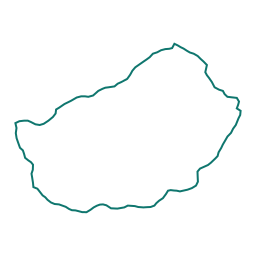 Onda Verde, São Paulo, Brazil
{"feature_id": "56859067B56132277952557", "entity_name": "Onda Verde", "entity_type": "district", "adm_level": 2, "iso_a3": "BRA", "parent_name": "Brazil", "parent_adm1": "São Paulo", "projection": "robinson", "projection_center": [-49.245, -20.61], "detail": "fine", "context": "isolated", "style": "outline", "palette": "teal", "viewbox_px": 256, "rotation_deg": 0, "n_neighbors": 0, "source": "geoboundaries", "source_scale": "gbopen_adm2", "svg_char_len": 1807}
<svg xmlns="http://www.w3.org/2000/svg" viewBox="0 0 256 256"><path d="M174.4,43.8L172.1,48.1L169.2,48.8L165.3,49.1L161.1,50.2L157.2,52.3L152.9,53.7L149.7,57.2L146.7,59.4L143.9,61.3L139.6,64.3L135.3,67.3L132.4,70.7L130.2,74.7L127.2,78.9L121.2,82.1L117.7,83.7L114.5,86.4L108.5,87.3L105.3,87.7L102.5,88.8L98.3,90.9L93.1,95.5L88.3,96.8L84.8,96.3L81.3,96.3L76.7,97.5L71.2,100.7L68.6,102.0L64.5,104.0L59.1,107.7L56.1,109.5L55.6,113.5L52.9,117.0L48.4,120.7L43.7,123.8L39.7,125.0L35.4,124.3L30.9,122.0L27.9,120.7L23.8,120.7L19.4,121.2L15.4,123.1L16.5,128.0L15.8,133.1L16.6,138.2L18.2,142.8L20.0,147.8L22.9,150.4L24.1,154.0L25.1,157.8L28.2,160.3L31.0,162.2L33.0,164.7L32.8,169.8L31.5,173.7L32.1,177.2L33.0,182.9L33.4,187.1L37.4,188.7L39.9,191.9L42.6,195.4L45.3,197.3L47.5,199.8L51.0,202.5L54.6,204.0L59.0,204.4L62.6,205.7L65.7,206.8L69.1,209.0L71.9,210.2L75.5,210.4L78.3,211.1L82.1,212.1L86.5,212.2L90.5,209.8L93.7,207.4L96.9,205.7L99.9,204.6L103.0,204.4L106.4,205.3L111.0,208.3L117.4,208.6L124.3,207.4L127.8,205.6L134.9,206.1L138.2,207.0L143.4,207.4L146.3,207.2L150.6,207.0L154.4,205.6L156.3,203.2L159.1,200.7L162.9,198.2L166.0,194.0L168.0,190.7L170.7,190.1L173.8,190.5L176.7,190.7L179.9,191.4L187.5,189.7L191.9,188.1L196.0,185.6L197.9,181.7L197.7,177.2L197.5,171.6L200.0,168.6L202.7,167.4L208.0,165.0L210.8,162.8L215.3,158.5L217.6,156.1L218.6,152.3L221.2,148.0L222.8,144.6L225.2,140.5L227.5,136.5L231.0,132.9L233.1,128.7L235.8,125.0L238.5,118.3L240.2,115.0L240.6,110.8L236.8,108.4L238.1,104.9L239.0,101.6L236.8,97.9L231.6,97.3L227.4,96.8L224.6,94.1L222.9,90.9L219.1,89.7L214.6,87.3L211.9,82.1L209.0,77.9L206.9,75.2L205.3,72.2L206.1,68.6L206.9,65.0L203.5,61.5L200.7,59.0L197.7,56.0L193.7,53.7L189.9,52.5L186.8,50.7L183.6,48.6L180.7,47.2L177.7,45.4L174.4,43.8Z" fill="none" stroke="#0f766e" stroke-width="2"/></svg>